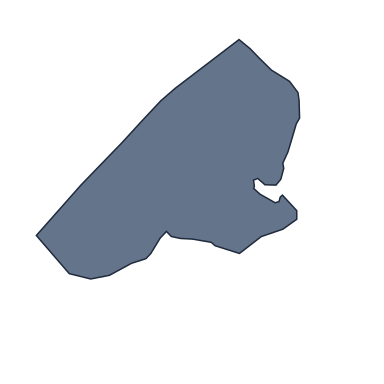 Banibangou, Tillabéri, Niger, rotated 319°
{"feature_id": "23599985B31350615327928", "entity_name": "Banibangou", "entity_type": "district", "adm_level": 2, "iso_a3": "NER", "parent_name": "Niger", "parent_adm1": "Tillabéri", "projection": "natural_earth1", "projection_center": [2.571, 15.036], "detail": "fine", "context": "isolated", "style": "filled", "palette": "slate", "viewbox_px": 384, "rotation_deg": 319, "n_neighbors": 0, "source": "geoboundaries", "source_scale": "gbopen_adm2", "svg_char_len": 766}
<svg xmlns="http://www.w3.org/2000/svg" viewBox="0 0 384 384"><g transform="rotate(319 192 192)"><path d="M276.7,234.4L279.5,229.8L290.7,224.7L300.7,218.4L315.4,209.0L321.7,206.8L332.9,193.1L337.2,186.5L338.2,172.5L331.9,152.1L330.6,135.3L329.9,122.2L327.5,107.8L247.3,102.7L228.3,102.7L200.9,105.5L171.9,108.8L112.8,113.9L46.0,122.7L45.8,173.1L58.5,191.2L75.0,200.7L99.5,206.1L113.6,212.1L120.5,211.4L137.8,205.9L146.8,205.0L147.2,212.0L152.8,219.5L161.4,227.8L173.5,242.6L174.2,247.8L187.5,269.5L215.1,271.1L236.2,279.7L253.2,281.3L258.8,274.8L258.2,253.7L255.3,253.7L251.4,256.3L247.7,254.7L241.9,238.3L240.9,229.8L242.9,228.5L246.2,223.4L250.5,224.9L251.8,234.4L259.9,241.9L267.3,240.7L276.7,234.4Z" fill="#64748b" stroke="#1e293b" stroke-width="1.5"/></g></svg>